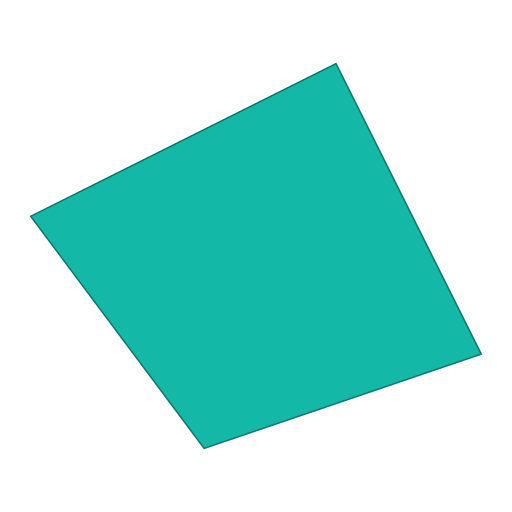 47, Ad Dawhah, Qatar (Albers equal-area conic projection)
{"feature_id": "91078587B84345070687923", "entity_name": "47", "entity_type": "district", "adm_level": 2, "iso_a3": "QAT", "parent_name": "Qatar", "parent_adm1": "Ad Dawhah", "projection": "albers", "projection_center": [51.56, 25.239], "detail": "fine", "context": "isolated", "style": "filled", "palette": "teal", "viewbox_px": 512, "rotation_deg": 0, "n_neighbors": 0, "source": "geoboundaries", "source_scale": "gbopen_adm2", "svg_char_len": 212}
<svg xmlns="http://www.w3.org/2000/svg" viewBox="0 0 512 512"><path d="M204.1,448.4L481.3,354.1L336.0,63.6L329.4,66.9L84.6,189.3L30.7,216.3L204.1,448.4Z" fill="#14b8a6" stroke="#0f766e" stroke-width="1.5"/></svg>